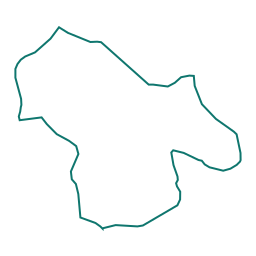 the border of Kohgiluyeh and Buyer Ahmad
{"feature_id": "IRN-3209", "entity_name": "Kohgiluyeh and Buyer Ahmad", "entity_type": "Province", "adm_level": 1, "iso_a3": "IRN", "parent_name": "Iran", "parent_adm1": "", "projection": "albers", "projection_center": [50.792, 30.816], "detail": "fine", "context": "isolated", "style": "outline", "palette": "teal", "viewbox_px": 256, "rotation_deg": 0, "n_neighbors": 0, "source": "natural_earth", "source_scale": "10m", "svg_char_len": 916}
<svg xmlns="http://www.w3.org/2000/svg" viewBox="0 0 256 256"><path d="M193.8,75.9L194.7,85.9L201.9,104.2L215.9,118.9L233.9,131.7L236.6,134.3L240.5,153.0L240.6,160.1L240.0,161.6L236.7,164.9L230.4,168.7L223.2,170.7L209.5,167.3L204.7,164.4L201.8,160.7L198.5,160.0L183.7,152.9L173.2,150.3L171.3,152.5L173.5,165.1L177.5,176.5L177.8,180.0L176.1,183.2L177.0,186.4L180.2,191.7L180.1,199.5L177.4,205.3L142.9,225.5L137.4,226.4L115.6,225.1L102.6,228.3L102.6,228.7L100.4,226.5L95.5,223.0L80.4,217.5L78.3,194.0L75.9,184.0L71.8,179.3L70.9,171.5L78.4,154.0L76.2,146.1L69.0,140.8L56.8,134.2L46.8,124.1L41.6,117.4L19.7,120.2L18.8,116.5L20.2,111.6L20.8,107.2L21.4,104.9L21.1,98.9L15.4,77.7L15.4,68.9L17.5,64.0L20.8,59.7L25.2,56.5L35.0,52.4L50.5,38.7L59.0,27.3L68.0,32.9L90.4,42.0L97.2,41.7L101.1,42.2L148.7,84.6L153.1,84.6L167.8,86.5L174.8,82.8L181.1,77.2L189.4,75.6L193.8,75.9Z" fill="none" stroke="#0f766e" stroke-width="2"/></svg>